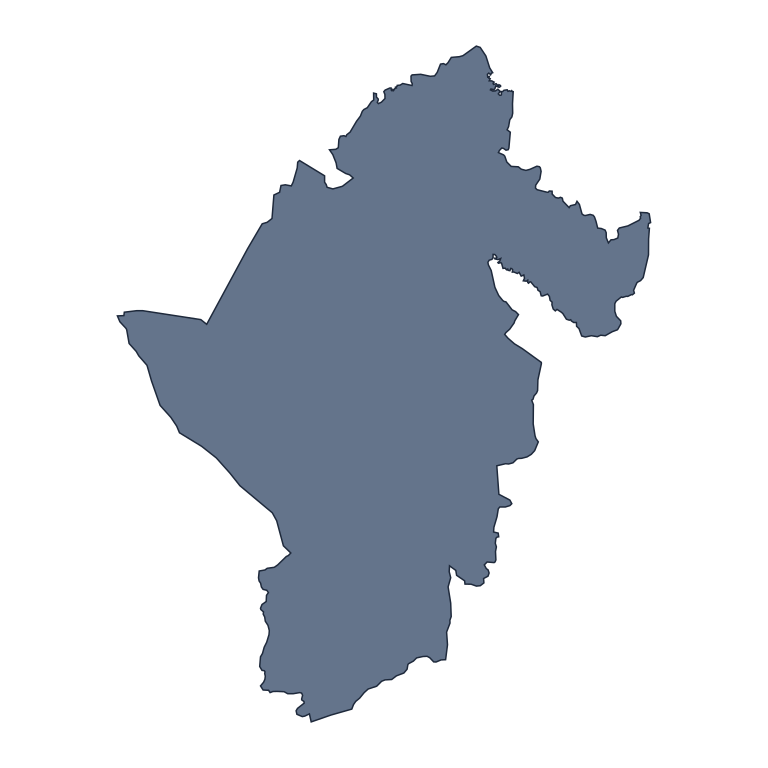 Ubundu, Orientale, Democratic Republic of the Congo
{"feature_id": "63176286B77989779607321", "entity_name": "Ubundu", "entity_type": "district", "adm_level": 2, "iso_a3": "COD", "parent_name": "Democratic Republic of the Congo", "parent_adm1": "Orientale", "projection": "mercator", "projection_center": [25.863, -0.595], "detail": "fine", "context": "isolated", "style": "filled", "palette": "slate", "viewbox_px": 768, "rotation_deg": 0, "n_neighbors": 0, "source": "geoboundaries", "source_scale": "gbopen_adm2", "svg_char_len": 6045}
<svg xmlns="http://www.w3.org/2000/svg" viewBox="0 0 768 768"><path d="M373.6,93.1L373.7,100.0L371.4,101.7L367.3,107.7L363.9,109.5L362.3,111.3L360.4,116.1L356.5,121.3L350.1,132.1L346.8,134.7L345.9,136.5L344.0,135.7L340.4,136.2L338.9,139.4L338.3,147.7L335.8,149.3L329.5,149.8L332.8,154.6L336.1,162.9L337.1,168.4L345.7,173.5L349.6,174.8L353.2,178.0L342.4,186.3L332.9,188.9L327.1,187.3L326.2,184.5L324.6,182.2L324.6,175.8L299.5,160.5L297.7,162.2L297.2,168.0L293.1,182.2L291.3,185.9L285.3,184.8L281.0,185.5L279.6,192.3L273.9,195.0L272.0,218.5L267.2,222.3L262.2,223.8L247.6,248.7L206.7,324.3L200.8,319.6L142.8,310.7L136.6,310.7L124.3,312.2L123.9,315.6L117.4,315.9L119.9,321.8L126.1,328.5L126.7,329.8L129.1,343.5L136.2,351.4L138.8,355.9L147.0,365.3L151.5,380.9L160.1,405.4L170.8,417.3L176.7,426.1L179.5,432.8L201.6,446.3L216.3,457.9L229.8,473.0L239.9,485.7L272.3,512.8L276.7,520.8L283.4,545.8L290.8,553.0L288.3,555.6L286.3,556.5L277.7,564.9L274.3,567.3L267.2,568.3L264.9,570.0L259.2,571.0L258.5,577.8L259.1,581.0L260.6,583.2L261.4,587.0L263.1,589.4L266.8,590.3L268.4,592.6L266.5,595.3L266.2,601.5L262.0,604.5L260.5,608.3L260.9,609.6L263.5,611.9L263.2,614.1L264.7,617.0L265.3,621.2L268.0,625.4L269.3,630.6L269.0,634.6L266.7,642.2L264.2,647.2L262.5,653.4L260.5,656.8L259.7,666.5L262.0,670.4L264.3,670.7L265.0,671.8L264.7,673.5L265.3,676.2L264.9,679.3L263.6,682.2L260.5,685.9L263.1,690.0L268.6,690.3L270.1,692.6L272.9,691.5L277.0,691.4L284.1,691.7L287.7,693.7L293.3,693.7L299.7,692.6L301.6,693.1L302.6,695.3L301.6,699.1L301.9,700.1L303.9,701.4L304.2,703.1L297.5,708.4L296.1,710.8L296.9,714.3L302.3,716.6L304.8,716.1L309.4,713.9L311.2,721.9L331.1,715.0L351.8,709.1L353.5,704.6L355.7,701.4L359.6,698.2L364.2,692.6L368.2,689.0L376.7,686.2L381.6,681.3L385.0,679.9L391.7,679.5L396.5,675.8L403.9,673.0L407.1,669.2L407.9,664.5L408.6,663.7L413.4,661.1L416.6,657.9L423.0,656.5L427.1,656.3L429.7,657.7L433.7,661.9L436.1,662.0L441.1,659.9L445.6,659.7L447.5,644.8L446.6,632.1L450.0,623.1L449.9,620.2L451.2,616.6L450.7,603.1L448.1,586.9L450.7,577.7L449.2,571.7L449.5,565.8L455.8,570.4L456.6,575.3L464.6,580.8L465.0,584.1L471.1,584.2L476.4,586.1L480.3,585.7L483.9,582.9L483.6,578.5L488.0,576.2L489.1,573.0L488.1,569.9L486.3,568.6L484.3,564.9L487.1,562.0L494.1,562.6L495.1,561.9L495.9,559.9L495.5,551.5L496.4,546.9L495.3,543.3L495.9,538.3L497.1,537.1L498.7,536.8L498.2,533.1L493.6,532.0L493.9,527.3L497.0,516.8L498.3,508.8L499.8,507.0L505.3,507.0L509.9,505.6L511.8,503.7L509.9,500.1L498.9,494.3L496.8,465.8L505.6,463.7L508.6,464.0L513.0,462.8L516.8,459.1L518.3,458.5L521.7,458.3L527.1,456.9L531.3,454.3L534.7,450.6L538.3,441.9L535.9,438.5L535.0,435.6L533.2,423.9L533.4,404.6L531.7,400.2L533.0,399.3L534.0,396.0L536.6,392.9L537.6,390.5L537.9,379.9L541.4,363.7L541.3,362.4L522.4,348.7L514.4,343.8L508.0,338.2L504.7,334.4L505.9,332.6L509.7,329.2L514.1,323.0L514.8,320.8L518.5,314.6L515.6,311.6L512.1,309.8L506.0,301.9L503.7,301.3L502.6,300.3L498.7,295.5L494.9,287.3L491.2,270.5L488.4,264.9L487.9,262.3L489.2,260.2L491.9,259.4L493.0,258.0L493.1,254.4L494.8,254.5L496.5,256.4L496.8,257.5L496.1,258.2L494.7,258.2L494.9,258.9L498.1,259.6L500.7,258.5L499.7,261.2L497.9,262.5L498.4,263.2L500.9,262.7L501.6,263.4L503.0,268.4L505.2,268.2L506.5,269.8L507.7,269.1L508.0,270.3L509.9,270.7L510.8,268.4L511.7,268.6L512.7,269.8L512.3,272.1L513.8,272.0L517.4,273.5L519.1,272.3L521.2,276.1L523.8,275.0L524.5,278.2L523.3,280.8L526.3,281.2L527.7,280.2L527.8,282.5L528.5,283.2L530.1,281.8L530.8,281.9L534.7,286.7L537.1,287.5L538.0,290.3L540.1,291.6L541.2,295.8L542.7,296.0L547.6,294.1L549.4,296.4L550.1,300.3L552.1,302.2L551.9,304.8L553.2,309.0L555.3,310.9L557.0,309.4L561.3,312.2L562.8,313.5L566.4,319.2L569.3,320.2L570.7,319.7L571.3,320.9L573.7,322.5L576.4,322.5L576.6,326.3L579.0,328.6L581.7,336.0L585.3,337.0L591.4,335.7L597.4,336.7L600.7,335.2L605.2,335.7L612.3,331.7L617.4,329.8L618.0,329.0L620.9,323.8L620.7,320.8L616.4,316.3L614.8,311.3L614.8,303.7L616.1,301.2L621.3,297.0L622.6,297.4L626.2,296.3L627.8,296.4L631.4,294.6L632.4,294.8L634.4,293.1L633.6,290.3L636.6,283.4L637.3,282.3L640.6,280.6L643.2,277.6L648.5,254.9L648.6,239.0L649.4,228.3L647.8,228.0L648.6,223.5L650.6,222.6L649.2,213.8L647.2,212.8L640.3,212.4L641.1,215.4L640.2,216.8L640.6,218.2L639.0,220.3L627.9,225.9L619.3,228.0L617.5,230.4L618.5,234.2L617.8,238.0L614.0,239.6L611.0,239.8L608.4,242.9L606.3,237.8L606.2,232.7L605.1,230.1L601.3,228.5L597.7,228.1L596.0,221.3L594.5,217.0L593.2,215.3L590.1,214.4L585.5,215.5L583.8,215.3L582.0,213.9L579.4,204.4L577.0,201.3L575.5,204.5L570.4,205.7L569.1,207.6L563.0,201.2L562.3,198.1L560.5,197.3L558.4,198.1L555.5,197.5L552.2,194.1L552.1,191.2L549.3,191.0L548.3,192.2L547.3,192.3L537.1,189.7L535.5,188.1L535.7,185.2L539.8,179.1L541.1,171.4L540.3,167.8L539.4,166.7L536.9,166.2L530.0,169.3L525.9,170.4L521.3,169.2L518.3,166.8L511.2,166.4L506.8,162.0L504.8,156.2L503.6,154.9L498.4,152.6L499.4,150.5L501.8,148.0L503.5,148.4L506.0,150.2L508.2,149.7L508.9,148.0L510.3,132.2L507.1,129.8L508.6,126.6L509.8,119.7L511.9,116.9L512.7,113.2L512.5,103.8L513.2,91.7L512.5,91.7L511.7,90.6L511.0,91.3L509.3,90.8L508.0,91.3L507.2,89.8L503.9,90.3L502.5,91.7L501.1,91.5L501.5,94.2L501.0,95.2L499.7,95.3L498.3,93.9L499.8,91.9L499.5,90.8L497.9,89.2L495.5,90.9L492.8,91.1L490.4,89.9L490.9,89.0L494.0,89.6L494.9,88.7L495.7,86.0L499.2,87.3L500.6,86.4L500.5,85.5L498.9,84.7L498.2,85.8L496.2,83.7L493.5,84.4L493.1,83.3L494.1,82.1L491.8,80.9L489.2,80.8L490.2,78.7L488.8,78.1L489.3,76.5L487.7,77.1L487.4,74.3L488.8,73.1L490.7,74.7L491.5,73.2L492.7,72.7L489.7,67.9L485.9,56.0L480.2,47.4L476.3,46.1L462.9,55.7L459.3,56.7L451.3,57.4L448.0,62.7L445.9,64.8L443.5,63.6L440.5,64.1L437.2,72.4L434.6,75.9L430.3,76.3L420.7,74.3L412.1,74.9L411.0,76.1L411.1,81.4L412.3,83.8L412.0,85.5L402.7,83.5L400.2,85.1L397.2,85.4L397.0,86.5L395.5,87.2L396.2,88.0L394.8,88.6L393.6,90.5L392.9,89.4L392.0,90.8L391.4,90.4L391.1,88.0L389.8,88.0L385.1,90.1L383.8,91.7L384.9,94.4L385.0,98.5L381.4,102.2L378.4,103.6L377.3,102.4L378.3,99.9L378.1,98.8L376.5,97.2L376.4,93.8L373.6,93.1Z" fill="#64748b" stroke="#1e293b" stroke-width="1.5"/></svg>